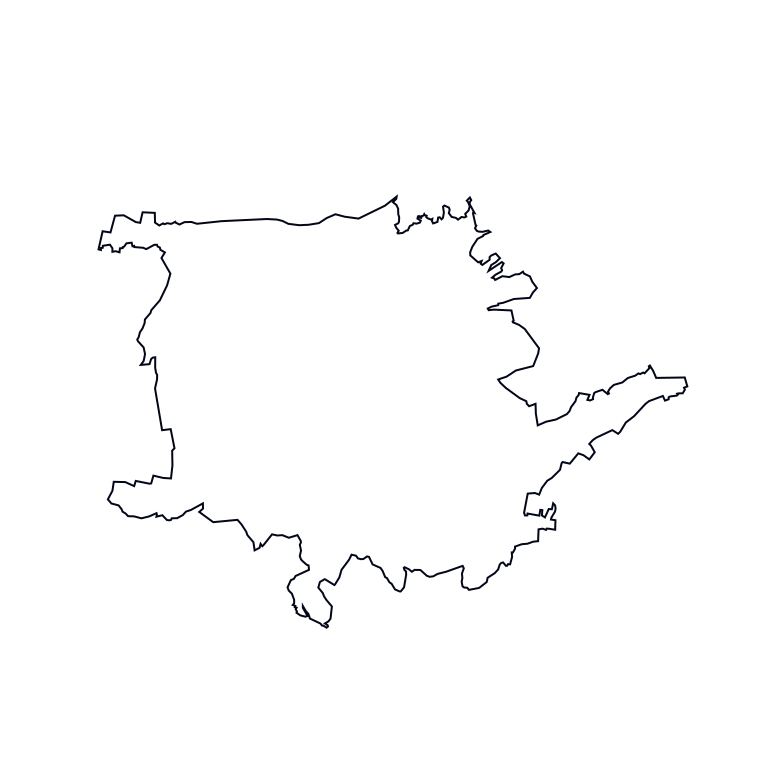 the district of Simleu Silvaniei, Salaj, Romania, rotated 167°
{"feature_id": "2599482B94052118858372", "entity_name": "Simleu Silvaniei", "entity_type": "district", "adm_level": 2, "iso_a3": "ROU", "parent_name": "Romania", "parent_adm1": "Salaj", "projection": "natural_earth1", "projection_center": [22.774, 47.23], "detail": "fine", "context": "isolated", "style": "outline", "palette": "ink", "viewbox_px": 768, "rotation_deg": 167, "n_neighbors": 0, "source": "geoboundaries", "source_scale": "gbopen_adm2", "svg_char_len": 6160}
<svg xmlns="http://www.w3.org/2000/svg" viewBox="0 0 768 768"><g transform="rotate(167 384 384)"><path d="M508.9,172.1L499.8,164.9L498.7,162.5L497.5,162.3L494.8,159.5L493.1,160.4L493.2,161.7L495.4,164.0L491.5,165.2L488.9,167.4L484.8,179.0L488.5,186.1L490.1,190.3L490.7,194.1L493.8,200.4L491.0,205.5L485.6,207.2L477.6,199.3L476.9,199.6L471.0,205.6L467.2,212.5L457.6,220.6L454.0,225.0L449.9,223.0L448.6,219.9L445.8,218.5L443.5,218.1L439.3,219.8L437.5,218.9L435.7,210.8L428.7,205.5L427.4,202.2L426.3,195.5L424.8,194.3L423.3,189.6L421.5,187.6L419.5,181.4L415.5,178.4L414.4,178.1L410.2,181.4L405.3,193.2L404.7,196.4L406.0,198.4L406.0,200.5L405.1,200.8L401.3,197.8L399.1,194.8L396.0,196.0L390.4,194.6L385.4,187.5L383.0,185.9L379.3,185.5L374.6,186.9L365.8,187.1L348.3,189.1L347.7,186.5L350.7,181.7L351.3,177.2L352.8,174.0L353.0,169.2L351.7,167.7L348.7,166.7L347.5,164.3L337.2,163.9L328.5,167.9L326.6,171.9L318.6,174.8L314.5,177.6L311.8,182.1L310.0,183.3L308.1,183.3L306.1,179.4L304.9,179.2L303.6,180.6L301.7,179.9L298.1,186.7L297.4,191.1L296.3,190.8L293.4,194.0L292.9,196.1L285.8,196.9L280.1,196.1L274.1,196.8L269.2,196.2L266.1,207.6L262.1,207.4L258.9,205.4L258.0,206.5L256.5,206.1L250.0,203.5L247.6,212.7L251.8,214.4L251.0,216.1L246.1,221.2L244.8,224.1L244.6,227.2L246.0,229.7L248.6,224.2L251.6,225.1L257.2,217.8L259.7,220.4L258.1,225.5L260.0,226.2L262.3,220.8L273.3,225.5L273.9,223.7L276.2,224.2L276.5,227.0L268.6,244.9L261.4,243.8L257.7,241.3L253.5,247.3L246.7,253.0L241.7,254.7L231.8,260.8L228.8,266.8L227.6,267.8L220.9,264.6L210.3,272.7L205.7,269.8L200.9,264.3L194.0,270.1L196.2,277.5L197.5,279.4L193.3,282.3L189.1,284.0L171.9,287.7L167.1,282.8L164.6,284.3L157.0,292.1L147.7,296.3L133.7,305.8L129.6,307.7L115.0,309.6L113.9,304.6L110.1,305.1L109.6,307.1L107.8,307.5L101.4,306.8L100.0,307.6L100.5,308.6L98.9,308.6L95.1,307.7L92.1,310.8L92.5,312.9L89.0,313.4L89.5,322.7L117.4,328.7L118.9,336.7L120.8,342.2L122.0,341.7L121.9,339.7L127.7,335.8L129.0,336.9L132.2,336.0L133.7,337.1L137.4,335.6L145.0,335.0L151.4,331.9L160.3,331.4L164.6,329.0L167.4,326.2L167.0,324.1L168.3,323.8L172.4,329.2L179.6,328.5L181.2,327.9L183.4,324.0L183.7,322.2L186.9,321.6L189.4,322.8L186.2,327.2L196.0,331.3L196.9,329.4L199.5,327.5L201.3,324.2L206.9,319.4L209.4,315.8L212.6,313.5L224.5,310.7L234.5,310.8L243.5,309.1L242.7,321.0L240.8,330.6L247.6,329.7L249.3,332.6L249.2,335.2L255.0,339.8L266.3,352.9L270.4,359.1L271.7,362.7L262.9,363.6L252.4,367.5L234.6,367.9L226.9,379.1L224.9,383.9L234.5,406.0L239.1,411.2L244.5,415.1L244.6,416.0L243.4,416.6L243.3,427.0L260.0,431.7L265.4,432.4L265.9,434.2L261.5,435.2L255.0,435.1L254.6,436.6L249.7,436.3L238.3,437.6L222.5,435.1L218.4,439.6L213.4,443.1L216.5,450.2L217.6,456.0L222.7,460.0L223.3,462.2L227.5,460.6L231.5,461.3L237.8,460.0L244.4,462.4L252.3,460.4L252.8,462.0L254.8,463.3L250.7,465.4L244.3,467.2L243.3,468.4L243.8,470.5L240.3,474.6L241.7,476.3L256.6,470.7L252.7,475.8L247.5,477.6L242.7,480.5L245.8,486.0L250.6,485.1L252.6,483.8L253.1,481.3L261.4,477.9L262.8,479.6L261.2,481.9L264.9,481.4L271.0,489.9L270.4,493.0L267.1,497.8L260.2,504.4L254.1,505.9L253.6,506.8L246.2,508.2L247.9,510.1L253.8,510.1L257.4,511.2L259.0,512.2L260.3,515.3L258.4,517.6L259.0,518.3L258.9,530.3L258.4,531.2L257.4,530.5L260.0,539.7L259.7,541.7L257.6,543.6L258.4,546.4L262.1,544.0L261.1,542.2L260.5,537.8L262.6,534.0L266.6,531.5L266.2,528.6L268.2,528.2L270.9,529.3L274.9,527.5L276.6,529.7L280.5,531.6L282.4,535.9L280.8,539.0L281.1,541.3L285.0,544.3L286.6,543.5L287.1,537.5L289.2,532.6L290.9,531.5L292.2,533.9L293.8,534.0L295.5,529.9L300.0,529.4L300.6,531.8L299.8,534.0L301.2,533.6L304.1,535.6L305.3,537.2L304.6,538.4L306.3,539.4L306.6,540.4L307.5,539.2L310.3,539.1L309.9,538.2L310.4,537.5L311.9,538.3L312.2,539.8L313.2,539.7L314.2,537.6L311.4,534.9L312.7,533.2L316.1,532.9L319.1,534.0L320.2,532.7L323.3,532.1L326.3,528.3L327.9,528.5L331.7,527.0L336.4,527.5L336.9,528.2L335.2,530.0L336.9,533.5L337.5,536.5L334.0,537.4L332.9,538.7L331.7,543.0L331.9,546.3L330.8,551.7L331.6,555.5L334.4,559.2L330.4,561.6L329.5,563.8L343.0,557.5L371.6,550.9L384.8,555.9L393.1,560.3L402.5,558.6L411.2,555.4L421.6,556.1L430.9,557.8L441.2,561.6L446.2,565.7L451.3,568.3L461.0,571.1L505.6,579.2L530.2,582.2L535.2,585.2L542.0,586.6L547.4,585.4L550.6,588.0L550.8,589.0L555.3,587.9L559.0,589.4L562.1,589.1L563.2,590.2L567.3,589.0L570.8,592.8L568.8,602.3L580.6,605.6L585.3,595.9L589.4,597.6L599.6,606.9L608.2,608.5L616.4,593.2L623.8,596.1L631.9,579.4L629.7,578.2L629.2,580.2L627.4,580.0L626.8,581.9L619.7,581.4L618.1,577.4L618.9,573.9L615.7,573.8L612.1,571.8L610.8,575.6L608.1,575.2L607.8,576.1L606.3,576.3L603.3,579.0L598.1,578.5L598.1,574.8L596.4,574.8L596.5,573.6L588.0,570.9L585.3,568.9L576.5,571.3L573.9,570.7L573.6,568.8L571.7,567.4L571.7,565.1L567.9,561.5L572.5,556.8L567.3,539.6L573.1,529.0L583.6,515.9L594.1,508.3L595.6,505.7L602.4,500.7L603.6,497.1L606.7,492.6L610.1,489.4L612.7,484.5L614.4,482.9L614.2,481.2L610.0,473.7L610.1,466.9L613.0,460.5L616.7,457.3L608.0,456.1L605.3,460.7L603.4,461.7L600.9,461.5L603.3,451.3L603.6,446.2L603.0,443.9L604.1,439.5L608.1,431.2L610.6,388.9L602.0,388.0L602.6,368.5L605.4,366.7L608.5,352.1L612.8,339.9L620.2,342.1L629.3,346.6L633.2,339.5L634.9,339.6L647.7,345.4L650.4,340.7L658.1,346.6L669.3,349.5L672.6,341.1L679.0,333.7L676.5,328.9L669.9,325.4L667.8,320.9L667.5,318.5L664.9,315.9L663.1,312.8L657.2,311.2L650.6,307.7L642.7,307.8L634.7,309.3L634.7,307.5L635.6,305.9L629.5,306.0L626.1,300.3L623.7,299.4L622.1,299.5L621.0,300.9L615.8,299.8L609.6,301.5L605.7,304.2L600.5,304.7L587.3,308.4L588.4,303.3L592.8,300.9L581.5,287.8L557.3,284.6L554.4,279.2L551.5,271.1L551.1,267.5L546.8,259.2L547.5,251.0L542.1,252.4L540.2,256.0L539.1,253.3L537.8,254.0L526.9,262.7L522.1,260.4L517.1,259.6L511.3,255.6L502.3,256.2L500.4,249.8L500.7,248.1L502.2,246.3L502.3,240.4L504.8,235.2L504.3,231.7L503.3,229.9L500.1,225.4L498.3,224.2L498.9,219.8L513.4,216.8L515.5,214.5L518.9,213.8L523.7,207.6L523.3,204.2L520.9,200.4L520.1,193.9L520.9,190.5L522.6,189.2L520.3,187.7L521.1,186.5L519.5,185.7L520.7,184.3L520.0,182.1L520.7,180.8L517.6,177.4L513.0,175.0L510.7,175.1L513.4,184.2L513.0,186.0L511.4,180.7L509.4,177.0L508.9,172.1Z" fill="none" stroke="#020617" stroke-width="2"/></g></svg>